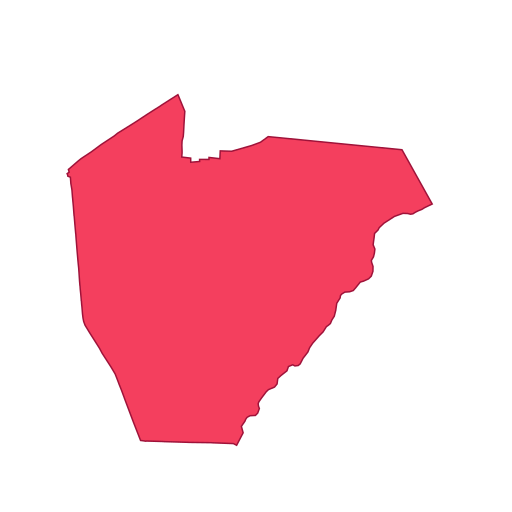 the district of Mixtla, Puebla, Mexico, rotated 254°
{"feature_id": "50627088B3391472602874", "entity_name": "Mixtla", "entity_type": "district", "adm_level": 2, "iso_a3": "MEX", "parent_name": "Mexico", "parent_adm1": "Puebla", "projection": "natural_earth1", "projection_center": [-97.892, 18.904], "detail": "fine", "context": "isolated", "style": "filled", "palette": "rose", "viewbox_px": 512, "rotation_deg": 254, "n_neighbors": 0, "source": "geoboundaries", "source_scale": "gbopen_adm2", "svg_char_len": 2425}
<svg xmlns="http://www.w3.org/2000/svg" viewBox="0 0 512 512"><g transform="rotate(254 256 256)"><path d="M432.6,225.4L430.3,217.6L427.2,207.2L426.4,204.9L424.8,199.3L422.4,191.2L419.3,181.3L419.1,180.8L417.0,173.7L412.2,156.8L410.8,153.6L410.4,152.6L405.9,138.2L405.4,136.8L401.5,126.4L399.2,119.1L397.8,114.7L396.4,111.4L390.9,99.5L388.1,99.5L387.2,97.1L385.9,97.3L384.6,97.1L382.9,99.3L376.7,98.0L370.4,97.3L363.1,95.8L362.3,95.7L361.4,95.5L354.0,94.1L344.8,92.2L344.3,92.2L337.8,90.9L334.2,90.2L330.6,89.5L327.5,88.9L326.6,88.8L325.3,88.5L321.5,87.7L313.1,86.0L310.1,85.4L309.6,85.3L306.0,84.6L301.4,83.7L297.7,83.0L293.2,82.2L292.7,82.1L289.4,81.4L280.7,79.5L276.2,78.6L275.8,78.6L272.5,77.9L267.5,77.0L262.4,76.0L261.1,75.7L260.3,75.7L259.6,75.5L257.7,75.1L255.3,74.7L252.8,74.2L248.4,73.3L244.0,72.6L240.6,72.3L236.6,72.6L227.5,75.1L210.9,80.0L210.1,80.2L204.9,81.3L190.4,85.7L188.3,86.3L181.4,88.1L177.2,88.5L171.3,89.0L170.9,89.0L170.0,89.1L164.1,89.7L156.2,90.3L155.7,90.3L149.5,90.8L129.8,92.4L110.5,94.2L109.4,96.8L108.4,98.9L108.3,99.8L103.2,115.8L103.0,116.2L95.6,139.4L95.4,139.9L88.8,161.8L88.5,162.5L81.9,182.6L79.4,185.2L89.6,194.9L96.3,195.0L100.3,199.9L101.7,200.9L103.3,202.8L103.7,204.3L104.1,206.3L102.9,211.5L104.5,214.3L108.5,217.2L110.9,217.0L113.5,217.4L115.1,218.6L118.0,222.2L122.6,228.3L124.1,231.1L124.9,237.7L127.2,241.0L132.3,243.2L134.2,247.0L137.1,254.1L140.8,256.7L141.3,261.3L139.6,263.1L139.1,266.4L140.1,268.7L144.7,273.0L149.4,279.4L153.1,282.3L156.6,286.5L161.9,294.8L164.5,299.5L168.7,304.2L169.5,306.5L170.6,308.9L173.6,311.3L176.5,314.6L181.3,317.4L181.4,317.5L188.3,320.6L192.5,325.3L194.7,326.3L195.8,327.9L196.8,331.4L195.8,336.2L196.0,340.0L198.0,343.1L202.2,349.0L202.2,352.4L203.0,357.9L204.9,361.3L209.1,364.2L213.7,365.6L218.1,365.4L220.0,365.7L222.8,368.7L226.1,370.6L229.9,372.2L234.5,371.7L237.1,372.8L240.9,374.5L245.0,376.2L247.3,380.4L249.3,382.3L252.3,388.1L255.9,400.0L256.5,409.0L255.0,413.6L253.6,416.0L253.3,418.5L254.1,421.1L254.7,424.2L255.1,428.3L256.0,431.4L257.4,439.7L317.9,425.6L352.5,338.3L367.4,300.6L364.1,291.6L363.4,282.2L363.4,261.5L366.9,250.6L359.5,248.1L363.7,238.0L361.8,237.4L364.4,228.4L362.4,227.9L364.1,219.1L368.1,220.2L371.6,211.9L375.3,213.3L377.4,213.9L383.0,215.3L387.1,216.7L390.9,219.0L394.9,220.5L402.8,223.2L409.8,225.7L414.8,227.5L415.1,227.4L432.1,225.5L432.6,225.4Z" fill="#f43f5e" stroke="#9f1239" stroke-width="1.5"/></g></svg>